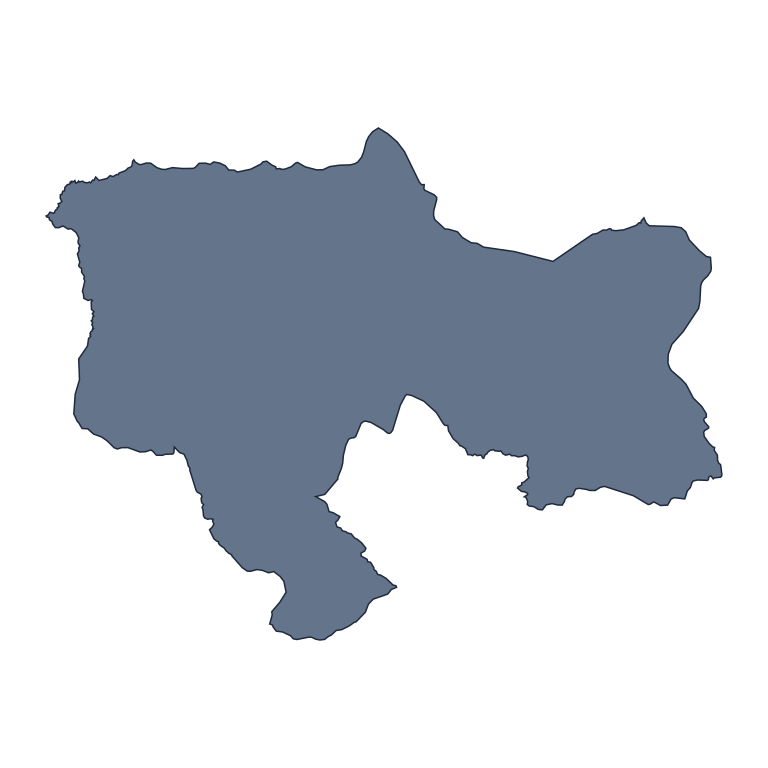 Lamas, San Martín, Peru (Mercator projection)
{"feature_id": "86281439B97947490233761", "entity_name": "Lamas", "entity_type": "district", "adm_level": 2, "iso_a3": "PER", "parent_name": "Peru", "parent_adm1": "San Martín", "projection": "mercator", "projection_center": [-76.468, -6.324], "detail": "fine", "context": "isolated", "style": "filled", "palette": "slate", "viewbox_px": 768, "rotation_deg": 0, "n_neighbors": 0, "source": "geoboundaries", "source_scale": "gbopen_adm2", "svg_char_len": 6026}
<svg xmlns="http://www.w3.org/2000/svg" viewBox="0 0 768 768"><path d="M133.8,159.8L132.7,161.2L131.9,165.9L130.8,167.0L128.2,168.0L125.3,170.7L119.2,173.0L118.4,174.5L116.9,174.5L112.9,176.6L110.2,175.6L107.1,178.4L99.7,180.3L98.9,180.3L95.7,177.0L93.9,180.4L92.6,180.1L90.7,182.9L89.6,182.0L87.3,182.8L84.3,182.4L82.8,181.2L79.2,181.9L78.6,181.0L77.4,182.6L75.8,183.1L74.9,180.6L73.9,181.6L71.5,181.3L71.6,182.5L70.2,182.1L70.1,182.8L70.6,182.8L70.0,183.9L67.2,184.8L64.9,187.4L64.5,190.8L62.7,191.3L61.8,194.4L60.4,194.6L60.2,198.2L61.8,201.4L59.6,203.4L58.2,203.6L58.9,206.6L57.3,207.6L57.4,208.7L55.3,210.4L54.5,212.7L53.5,213.2L49.9,212.2L48.3,214.8L46.1,216.0L46.7,217.0L49.1,217.5L49.4,219.7L51.8,221.3L52.9,224.3L55.3,227.6L58.8,227.7L63.1,226.0L68.2,229.2L70.1,228.6L71.7,229.1L76.2,232.6L77.1,234.3L78.8,238.0L78.0,241.6L78.4,243.7L80.0,245.8L78.7,247.9L79.1,251.0L77.4,253.8L79.8,262.2L78.7,265.4L79.1,266.6L81.6,268.6L81.6,272.2L84.5,276.5L83.8,278.5L84.8,281.0L82.4,291.4L83.4,293.9L83.8,298.3L88.1,300.5L91.0,299.6L92.4,300.6L91.2,301.8L91.5,309.5L93.9,311.7L92.3,313.8L93.9,316.0L92.7,317.0L92.3,319.9L91.2,320.9L92.7,322.5L91.8,324.6L93.0,326.9L92.7,328.5L93.4,328.8L92.3,329.7L92.3,330.7L90.7,331.8L90.0,333.7L90.6,334.2L90.1,335.5L90.6,336.5L88.6,338.4L87.5,346.0L78.7,358.9L79.5,379.8L75.2,394.2L73.8,413.9L77.4,421.6L78.6,422.6L82.1,428.5L87.7,428.8L93.6,434.1L101.5,436.9L107.1,440.8L114.2,447.8L117.4,449.0L121.5,447.7L127.9,447.6L139.9,452.0L145.6,451.7L150.9,450.0L153.1,451.5L156.4,455.2L162.5,455.3L165.2,454.3L172.9,454.0L173.9,452.7L174.3,447.0L179.5,452.5L184.0,454.2L187.0,460.4L188.3,466.0L189.7,467.8L189.9,470.5L196.0,490.1L197.1,492.0L201.0,494.2L201.7,495.9L202.0,497.1L201.1,498.2L201.5,501.7L202.2,503.3L203.7,504.6L202.1,507.2L203.0,510.0L203.5,515.7L204.5,517.8L207.7,519.3L209.5,518.8L213.0,519.2L212.6,521.2L213.9,524.1L212.1,527.3L209.5,529.7L213.9,538.8L216.7,541.1L218.5,541.6L218.6,543.4L220.0,545.2L224.3,548.1L225.9,550.6L228.6,553.1L231.6,554.8L231.9,555.9L242.3,567.7L247.2,571.1L250.4,571.3L256.9,569.6L262.3,570.3L268.6,572.8L273.8,571.6L280.2,576.5L283.9,581.4L286.1,592.2L279.9,602.1L271.8,611.7L272.2,615.0L269.7,624.0L272.5,625.0L273.2,627.1L276.2,631.1L282.6,632.0L290.5,635.7L293.3,638.8L297.0,639.5L309.0,637.1L311.8,637.3L315.7,639.2L320.0,640.0L324.7,639.4L328.3,636.5L331.1,635.2L336.2,630.5L341.9,629.6L349.4,625.8L354.4,622.2L356.0,621.9L365.4,612.2L368.4,604.2L373.1,599.2L387.8,594.0L391.4,589.5L396.6,587.3L395.9,585.7L393.0,585.0L386.0,578.3L380.4,575.0L377.7,574.5L376.1,571.1L374.0,569.6L373.8,567.6L370.6,562.3L367.7,561.7L367.1,559.3L361.2,556.1L361.0,553.1L364.7,551.0L365.9,548.2L361.6,542.8L357.3,539.3L354.4,537.9L351.3,533.9L346.8,532.7L346.0,531.7L342.5,530.9L340.7,528.1L336.9,526.8L335.6,522.3L337.6,520.5L339.9,516.6L333.1,512.7L329.1,511.6L326.9,504.2L324.7,501.6L315.7,496.6L324.8,494.4L337.9,479.0L337.7,477.7L341.3,468.6L342.7,463.2L343.4,455.2L345.8,445.3L348.6,439.2L351.6,437.9L353.9,437.8L355.7,436.6L361.1,423.4L363.6,421.5L365.5,421.1L371.1,422.5L383.5,429.7L387.4,433.0L389.4,433.4L390.7,432.8L392.6,430.3L400.3,405.2L405.3,395.8L406.8,394.5L411.5,395.4L423.9,401.2L436.4,412.6L443.3,423.7L445.0,425.4L447.8,425.5L448.5,430.8L453.1,438.6L458.4,443.4L459.9,445.8L461.4,446.0L465.4,448.7L467.9,454.7L470.4,454.7L472.5,455.7L474.8,454.1L477.1,455.6L481.1,455.1L482.7,458.0L483.7,458.3L485.0,454.9L486.8,453.9L487.6,452.4L490.3,450.3L493.6,449.7L494.8,450.8L499.3,451.3L500.7,450.8L503.0,453.8L505.7,455.2L509.9,454.2L511.4,455.7L514.8,455.7L518.2,456.9L522.3,456.3L525.4,455.0L526.5,455.3L528.0,457.3L528.2,460.3L527.5,461.5L527.1,466.0L528.3,468.3L527.4,471.7L528.0,476.2L529.1,477.5L524.4,481.8L521.7,482.9L521.7,485.0L518.3,486.7L517.5,488.0L521.4,491.4L524.5,491.8L527.7,493.4L527.5,494.7L524.3,496.8L525.8,497.2L527.1,499.8L527.7,501.9L527.2,504.4L529.2,506.0L534.0,506.7L538.2,509.4L542.4,509.9L546.1,504.9L552.0,503.6L557.7,505.0L562.2,505.1L564.4,501.5L565.0,499.2L567.4,496.8L571.5,496.5L573.7,494.4L574.0,492.4L575.8,489.0L579.2,488.3L587.0,489.5L589.2,490.4L595.2,490.5L600.3,487.3L604.6,486.4L633.4,495.7L648.2,504.5L649.9,504.3L653.8,501.9L660.5,505.5L667.6,505.1L671.1,499.0L674.3,497.7L684.8,498.9L687.3,491.0L690.4,487.5L692.0,482.5L693.4,480.9L697.6,480.0L707.6,480.4L708.4,479.6L708.7,477.2L710.3,476.0L711.2,476.2L713.2,478.9L714.3,477.9L720.5,477.2L721.5,476.2L721.9,474.6L720.6,464.7L718.7,463.1L717.6,460.3L717.4,455.1L714.2,450.3L714.6,447.5L712.8,446.9L709.1,443.4L704.2,436.4L703.7,432.1L704.7,430.5L708.4,428.3L708.8,426.9L704.7,422.1L703.7,420.0L704.3,418.3L706.4,417.1L706.3,413.8L701.8,406.5L693.4,398.2L686.1,384.4L681.4,379.3L671.4,370.6L669.5,367.5L668.0,363.2L668.2,354.4L671.9,344.3L683.2,331.6L698.6,308.4L699.9,301.4L700.7,286.0L701.8,282.5L703.5,279.9L707.7,275.9L710.8,271.2L711.3,268.1L710.5,257.3L706.4,256.5L699.6,250.9L689.3,240.0L685.7,231.7L681.2,227.7L674.2,226.5L649.3,225.8L646.1,222.9L643.9,217.8L641.2,220.9L640.9,223.0L639.1,222.7L636.4,225.3L623.9,229.8L615.8,230.7L611.6,230.2L610.9,228.9L609.3,228.7L606.7,230.0L603.1,230.0L597.2,233.4L592.5,234.3L553.0,261.4L514.5,251.6L483.5,247.1L477.3,243.4L471.1,242.7L462.4,237.5L457.5,231.8L448.9,229.3L444.8,228.9L434.7,219.5L433.6,215.4L433.7,210.9L436.6,200.0L436.7,197.4L434.2,194.8L425.2,190.5L423.9,189.1L424.2,184.6L421.6,184.7L419.4,182.2L404.5,151.7L397.2,142.0L387.7,133.7L378.4,128.0L372.6,131.7L368.7,136.6L366.4,141.3L363.6,152.1L361.6,157.2L357.8,162.0L355.1,163.6L350.3,164.9L339.4,165.2L329.8,166.6L323.0,169.7L316.8,169.9L305.3,166.9L297.5,162.4L295.3,163.2L291.3,166.7L285.0,169.1L281.9,169.4L279.9,168.5L276.3,168.9L275.7,166.8L271.9,165.1L266.7,161.2L263.0,161.8L260.8,164.1L250.7,169.2L238.2,171.9L236.7,171.8L234.6,170.2L228.7,170.0L225.4,165.8L219.8,163.1L213.7,161.9L210.2,164.4L205.5,163.1L199.1,163.3L195.3,167.4L193.2,168.4L182.1,168.5L172.5,167.6L165.2,169.5L161.4,169.2L157.0,167.7L150.7,163.2L146.4,163.0L141.0,164.6L139.0,164.4L135.3,162.1L133.8,159.8Z" fill="#64748b" stroke="#1e293b" stroke-width="1.5"/></svg>